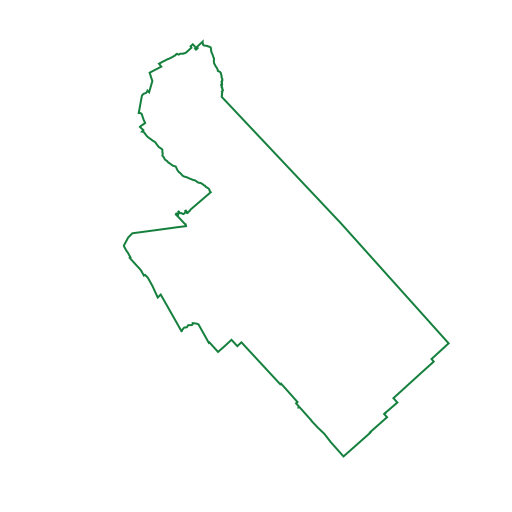 the district of General Pedernera, San Luis, Argentina, rotated 318°
{"feature_id": "61730980B72595291642381", "entity_name": "General Pedernera", "entity_type": "district", "adm_level": 2, "iso_a3": "ARG", "parent_name": "Argentina", "parent_adm1": "San Luis", "projection": "equal_earth", "projection_center": [-65.599, -33.81], "detail": "fine", "context": "isolated", "style": "outline", "palette": "green", "viewbox_px": 512, "rotation_deg": 318, "n_neighbors": 0, "source": "geoboundaries", "source_scale": "gbopen_adm2", "svg_char_len": 5656}
<svg xmlns="http://www.w3.org/2000/svg" viewBox="0 0 512 512"><g transform="rotate(318 256 256)"><path d="M340.7,449.8L341.0,288.8L337.0,114.8L337.1,114.7L337.4,114.5L337.6,114.4L337.9,114.0L338.1,114.0L338.2,113.8L338.5,113.4L338.8,113.1L339.0,113.0L339.0,112.9L339.2,112.6L339.3,112.5L339.9,112.3L340.1,112.2L340.3,111.7L340.5,111.5L340.5,111.2L340.8,111.2L340.9,111.3L341.1,111.2L341.1,110.9L341.8,110.7L342.3,110.7L342.5,110.3L342.5,110.0L342.5,109.6L342.8,109.1L342.9,108.9L343.0,108.8L343.3,108.8L343.4,108.7L343.3,107.9L343.7,107.6L343.7,107.2L343.9,107.1L344.3,106.8L344.3,106.6L344.3,106.1L344.4,105.9L344.6,105.7L344.9,105.3L345.0,105.3L345.4,105.8L345.5,105.9L345.8,105.6L346.4,104.8L346.6,104.4L346.9,104.1L346.9,103.8L346.8,103.6L347.0,103.4L347.4,103.5L347.8,103.3L348.0,103.1L348.3,102.7L348.5,102.7L348.8,102.8L348.9,102.7L349.1,102.2L349.4,101.8L349.6,101.5L349.6,101.3L349.7,101.0L349.7,100.8L349.9,100.2L350.4,99.7L350.6,99.5L350.8,99.4L351.3,98.3L351.4,98.2L351.5,98.0L351.6,97.8L351.8,97.3L352.1,96.7L352.3,96.5L352.3,96.2L352.4,95.7L352.4,95.1L352.2,94.6L352.1,94.2L351.5,93.1L351.5,92.8L352.0,92.2L352.2,91.8L352.6,90.7L352.7,90.2L352.8,89.5L352.8,89.0L352.9,88.6L353.0,87.8L353.2,87.1L353.4,86.4L353.5,85.7L353.8,85.1L354.0,84.3L354.5,83.7L354.9,83.3L355.3,82.7L355.9,82.2L356.3,81.7L356.7,81.5L357.0,81.0L357.4,79.7L357.6,79.1L357.9,78.6L358.5,77.2L358.8,76.2L359.0,75.7L359.1,75.2L359.3,74.7L359.7,74.1L360.0,73.3L360.3,73.1L360.7,72.7L361.7,71.0L361.9,70.5L361.3,69.1L360.9,68.7L360.9,68.4L360.5,67.9L360.4,67.4L359.7,66.5L358.6,65.3L358.1,64.5L358.0,63.6L358.6,62.7L359.0,61.7L359.6,61.2L359.8,61.0L351.8,61.1L351.8,62.5L349.5,62.5L349.5,61.1L350.7,61.1L350.7,56.4L347.7,56.4L347.4,58.0L339.8,58.0L338.9,57.7L338.4,57.3L338.1,57.2L337.8,57.2L337.6,57.2L337.3,56.8L336.4,56.2L335.2,55.1L334.8,54.9L334.4,54.8L333.8,54.8L333.5,54.7L333.2,54.5L333.1,54.3L332.6,53.0L332.5,52.8L332.3,52.7L331.5,52.7L331.2,52.7L330.6,52.9L330.4,52.9L328.3,52.4L327.0,52.2L322.7,51.0L322.1,50.6L320.1,50.1L319.1,49.9L318.6,49.7L315.5,48.9L312.6,48.2L312.3,51.9L299.6,48.6L296.4,55.8L296.1,56.6L295.8,56.8L286.1,62.8L286.0,60.5L285.4,60.8L284.9,61.0L283.7,61.2L282.9,61.1L281.4,60.4L281.1,60.3L280.7,60.2L279.0,60.4L278.5,60.5L278.0,60.9L264.5,71.3L265.9,72.7L266.0,74.3L265.0,76.4L263.6,79.7L262.6,83.0L257.0,82.3L256.1,82.4L256.5,87.1L254.6,87.3L255.1,87.9L255.2,88.2L255.4,88.6L255.5,88.9L255.5,89.5L255.1,94.0L255.2,94.7L255.2,95.1L256.5,101.5L256.6,101.9L257.1,103.2L257.2,103.7L257.2,104.1L256.7,109.0L256.7,109.6L256.7,110.0L256.8,110.4L257.5,113.2L257.6,113.7L257.5,114.1L257.5,114.3L257.3,114.6L257.2,114.8L256.2,115.9L255.9,116.2L255.7,116.6L255.5,117.1L255.3,117.4L254.9,117.7L254.0,118.4L253.8,118.6L253.6,118.9L253.5,119.2L253.5,119.5L253.6,120.4L253.6,120.8L253.5,121.2L253.3,121.6L253.2,121.9L252.9,123.4L252.9,123.8L253.0,124.1L253.3,125.3L253.4,125.7L253.5,126.1L253.4,126.6L253.4,127.9L253.5,128.1L253.5,128.3L253.8,128.8L253.8,129.1L254.5,132.5L254.6,133.0L254.7,133.3L256.0,135.4L256.1,135.7L256.1,135.8L256.2,136.0L256.1,136.4L256.0,136.5L255.1,139.5L255.0,140.0L254.9,141.5L254.8,141.9L254.9,142.2L255.1,143.2L255.2,143.5L255.2,146.4L255.2,147.1L255.4,147.8L255.5,148.3L255.7,148.7L257.3,151.3L257.5,151.7L257.7,152.2L257.8,152.6L260.3,157.7L260.5,158.0L261.1,158.6L261.3,159.0L261.4,159.4L262.0,162.2L262.1,162.5L262.3,162.9L262.5,163.3L262.7,163.6L262.9,163.8L263.3,164.2L263.5,164.4L263.8,164.9L264.4,166.9L264.5,167.5L264.6,168.2L264.6,168.5L264.7,168.9L265.0,169.3L265.0,169.6L265.1,169.8L265.1,170.1L265.0,170.8L265.0,171.0L265.0,171.3L265.1,171.6L265.3,171.9L265.3,172.1L265.4,172.3L265.9,174.2L265.9,174.5L265.9,174.9L265.8,175.3L265.7,175.5L265.5,175.9L265.3,176.2L265.1,176.9L265.0,177.5L264.9,177.9L265.0,178.3L238.6,177.7L237.5,178.0L236.1,178.2L235.9,178.0L235.6,177.9L235.4,177.8L235.1,177.8L234.0,178.3L233.8,178.2L233.6,178.0L233.4,177.7L233.4,177.4L233.5,177.2L234.0,175.9L234.2,175.6L234.3,175.4L234.2,175.3L234.0,175.2L233.9,175.2L233.6,175.2L233.6,175.3L233.0,176.0L232.8,176.2L232.6,176.3L230.7,176.4L230.3,176.3L230.1,176.2L229.9,176.0L229.3,174.4L229.2,174.2L228.2,173.2L228.0,172.8L228.1,172.6L228.3,172.0L228.4,171.5L228.4,171.3L228.3,171.1L228.2,171.1L227.9,171.1L227.3,171.8L227.0,172.3L226.9,172.4L226.7,172.6L226.4,172.7L226.2,172.7L226.1,172.9L225.8,173.3L225.6,173.4L225.3,173.2L225.2,173.1L225.1,172.9L225.3,171.3L225.3,171.2L225.1,171.1L224.6,171.3L224.2,171.5L224.3,171.8L224.3,172.1L224.3,172.4L224.6,185.1L224.9,185.4L224.0,187.0L216.7,181.9L199.8,170.4L179.8,156.7L179.6,156.6L179.2,156.4L178.8,156.4L173.8,156.7L173.5,156.7L164.9,159.8L164.7,159.9L164.3,160.8L163.5,164.0L163.1,166.3L163.0,167.9L162.5,169.8L161.8,173.0L160.9,172.9L160.9,182.2L161.0,187.6L160.8,190.8L160.6,190.9L159.6,195.5L159.8,195.5L160.9,195.8L161.1,198.9L161.0,200.2L159.8,205.4L159.0,208.9L155.2,221.1L159.4,220.9L152.2,253.5L150.1,262.8L150.7,261.9L151.6,261.6L154.1,261.2L154.8,261.2L155.5,261.6L156.2,262.2L156.7,262.6L157.2,262.6L157.8,262.5L158.6,262.2L159.0,262.1L159.4,262.1L159.8,262.4L161.8,264.2L162.2,264.4L162.5,264.5L163.1,264.4L163.5,264.1L163.8,263.7L164.0,263.5L166.3,266.1L167.5,268.2L167.5,268.4L162.8,289.0L163.6,289.0L163.6,301.9L172.6,302.0L181.7,301.9L181.8,310.5L187.4,310.4L187.9,346.3L188.2,367.6L189.2,367.6L189.2,379.8L189.1,392.3L187.2,392.3L187.2,396.0L186.2,397.0L187.2,397.7L187.1,415.4L186.9,415.6L187.1,424.9L187.8,433.8L187.0,444.4L186.9,463.5L222.8,463.8L222.8,463.3L245.5,463.5L245.5,459.1L247.0,459.1L247.3,459.4L247.6,459.3L247.6,459.1L263.0,459.5L263.0,453.6L300.1,453.4L311.0,453.4L317.4,453.4L317.5,450.0L340.7,449.8Z" fill="none" stroke="#15803d" stroke-width="2"/></g></svg>